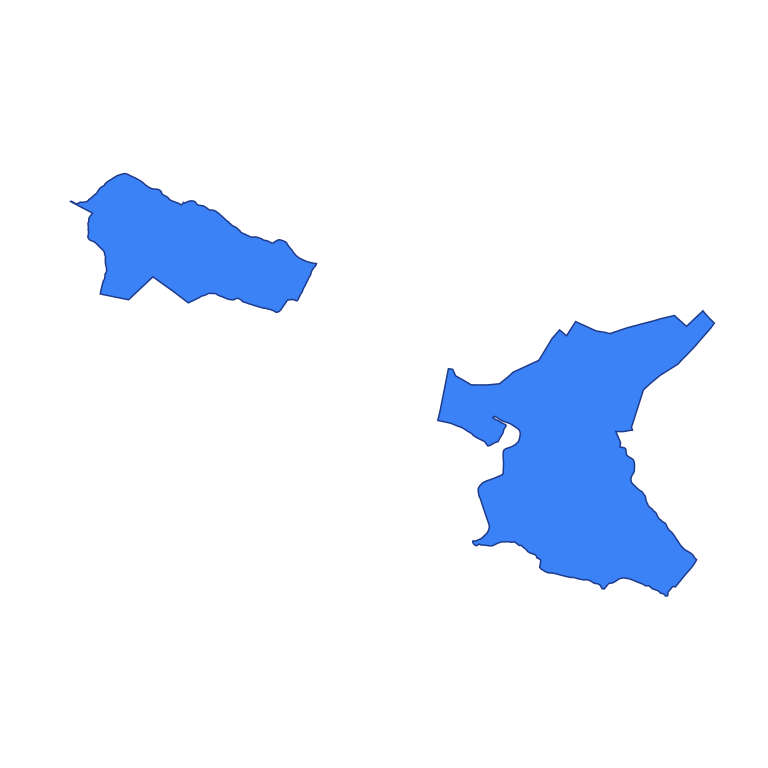 outline of Amaxac de Guerrero, Tlaxcala, Mexico, rotated 4°
{"feature_id": "50627088B74486769027382", "entity_name": "Amaxac de Guerrero", "entity_type": "district", "adm_level": 2, "iso_a3": "MEX", "parent_name": "Mexico", "parent_adm1": "Tlaxcala", "projection": "albers", "projection_center": [-98.192, 19.362], "detail": "fine", "context": "isolated", "style": "filled", "palette": "blue", "viewbox_px": 768, "rotation_deg": 4, "n_neighbors": 0, "source": "geoboundaries", "source_scale": "gbopen_adm2", "svg_char_len": 6093}
<svg xmlns="http://www.w3.org/2000/svg" viewBox="0 0 768 768"><g transform="rotate(4 384 384)"><path d="M490.4,537.1L492.3,537.9L494.4,537.7L497.3,537.8L500.1,538.1L503.5,537.8L508.6,534.9L512.2,533.3L519.1,532.7L522.2,533.0L524.8,532.5L526.0,532.8L530.1,535.6L530.7,535.6L532.3,535.3L533.3,536.5L537.2,539.0L539.0,541.1L541.3,542.3L545.1,543.3L547.0,544.0L548.2,545.1L548.5,546.6L552.1,548.2L552.7,550.0L552.3,554.4L552.0,555.9L553.5,557.5L554.1,557.9L559.1,560.4L561.4,560.9L566.4,560.9L579.5,563.4L584.8,564.0L586.7,563.7L590.8,564.7L596.8,565.5L599.8,565.1L601.6,565.3L603.4,565.9L607.6,568.1L611.5,568.5L613.9,569.8L615.8,573.0L618.1,573.0L621.7,567.8L622.7,567.1L625.9,566.5L628.7,564.7L632.3,561.9L634.6,561.1L636.8,560.7L642.1,561.2L645.7,562.2L650.5,563.9L655.6,565.4L657.3,566.1L658.2,566.7L658.9,567.1L662.2,566.8L663.4,567.5L664.8,568.7L666.5,569.7L670.6,570.7L672.5,571.6L674.6,573.4L677.1,573.8L678.0,574.2L678.8,574.8L679.5,575.9L681.5,575.6L681.9,574.6L681.8,572.2L681.9,571.8L686.0,566.1L686.6,565.7L688.5,566.2L688.9,566.0L697.6,553.6L703.8,545.4L706.0,541.9L707.8,538.2L708.1,537.4L706.4,536.1L704.3,533.2L701.5,531.1L695.6,528.3L691.0,524.2L687.8,519.7L686.1,517.8L684.1,514.9L681.4,511.9L678.3,509.6L676.5,507.0L675.1,504.3L673.6,502.8L671.2,501.9L669.9,500.5L668.1,499.5L667.4,498.8L665.5,495.9L665.0,494.5L663.8,493.0L662.5,492.4L659.9,489.8L657.8,488.5L656.0,486.8L655.2,484.9L653.8,482.7L652.5,477.6L650.6,475.7L649.0,473.5L646.0,472.0L642.7,469.4L641.4,468.1L639.8,467.1L638.3,465.5L637.5,464.3L636.9,461.7L637.3,459.2L637.9,457.6L639.2,455.4L639.7,453.8L639.8,452.2L639.6,448.0L639.4,445.8L639.0,444.4L638.2,442.5L636.3,441.0L634.2,440.1L631.2,438.2L630.3,435.5L629.8,432.2L628.4,430.9L623.9,430.4L624.1,426.4L623.9,425.7L618.6,415.2L625.2,414.9L628.2,414.3L632.2,413.2L635.1,412.7L633.8,409.5L634.5,407.5L643.2,371.7L650.0,364.6L656.5,358.3L659.1,355.9L675.8,343.7L679.9,338.6L685.0,332.7L692.6,323.4L695.6,319.2L705.9,305.7L709.3,300.2L703.7,295.4L699.2,291.1L697.1,288.7L681.7,305.4L668.9,295.4L656.6,299.2L648.2,302.3L623.1,310.8L605.7,318.0L600.4,317.0L592.0,316.3L570.8,308.4L562.7,323.2L555.4,317.8L548.6,326.7L536.8,349.6L512.0,363.2L507.6,367.9L499.2,375.7L486.8,377.8L471.1,378.8L463.0,374.7L454.8,370.8L451.6,364.6L447.2,364.2L441.9,406.3L440.2,416.6L453.3,418.5L460.9,421.0L464.6,422.0L467.2,423.2L469.3,424.5L474.8,427.3L475.3,427.6L476.1,428.6L477.5,429.6L479.7,430.8L481.4,431.6L488.2,434.3L491.8,438.5L493.7,438.1L494.7,437.5L499.0,434.6L499.9,434.2L501.8,433.6L503.2,430.2L505.7,425.5L506.2,424.1L506.7,421.0L508.6,417.5L508.7,417.0L508.6,416.6L508.3,416.4L507.5,415.9L502.8,413.9L500.4,412.5L499.6,412.2L498.4,412.0L494.8,410.1L495.5,409.3L495.9,408.6L499.2,409.7L503.9,412.3L512.8,414.8L519.8,418.8L521.8,420.1L522.9,421.9L523.4,423.9L523.3,426.2L523.0,428.7L522.2,431.9L519.4,435.2L515.5,437.8L510.3,439.9L508.6,441.1L508.0,442.0L507.7,443.5L507.8,447.1L508.8,455.0L509.1,464.2L508.6,465.9L507.1,466.9L501.6,469.7L500.6,470.3L493.3,473.4L489.7,475.4L488.0,477.2L486.7,478.9L485.8,480.4L485.3,481.9L485.5,484.7L486.7,489.4L488.4,492.3L489.7,495.8L495.1,508.8L498.4,516.5L499.1,519.2L498.6,522.2L497.4,525.3L492.0,531.3L486.5,534.1L483.5,534.5L483.6,535.6L484.3,537.0L485.4,538.0L486.6,538.7L487.2,538.9L488.3,538.4L489.7,537.3L490.4,537.1ZM308.2,268.5L305.8,268.5L300.9,267.8L297.4,266.9L295.6,266.2L293.2,265.3L289.7,263.7L287.2,261.9L285.2,259.8L282.6,256.7L278.6,252.5L277.9,251.3L276.5,249.5L274.9,248.7L271.9,247.8L269.9,247.4L268.6,247.6L267.4,248.2L265.9,249.2L263.3,251.2L262.2,251.2L257.9,249.4L256.4,249.1L254.2,249.0L251.8,247.7L247.6,246.5L245.5,246.3L243.7,246.4L242.1,246.9L240.7,246.6L237.6,245.3L236.5,245.1L235.1,244.3L233.2,243.8L230.8,242.7L229.7,241.4L226.5,238.8L225.3,238.0L223.9,237.5L222.9,237.3L222.3,236.7L220.7,236.0L219.8,235.0L218.5,234.3L217.6,233.1L215.3,231.8L211.1,228.3L207.0,225.2L203.9,223.2L201.7,222.6L200.1,222.5L198.9,222.6L197.3,222.4L194.8,220.7L191.9,219.1L190.3,218.8L186.1,218.5L185.1,218.0L182.8,215.3L181.0,214.8L179.4,214.7L177.8,214.9L175.4,215.8L174.2,216.4L173.0,217.4L171.2,216.8L170.1,218.9L169.3,219.4L165.9,217.9L161.3,216.6L157.2,215.1L156.4,214.2L155.8,213.3L154.1,212.2L150.6,210.8L149.8,210.2L148.6,208.7L148.2,207.4L146.3,206.0L144.4,205.5L142.1,205.6L139.1,205.4L136.6,204.6L132.3,202.2L128.9,199.5L126.2,198.0L121.7,195.9L116.9,194.1L114.5,193.0L111.2,192.1L109.2,192.5L103.3,194.7L102.0,195.8L99.5,197.3L97.7,199.0L96.3,199.8L93.6,201.8L91.6,204.1L90.8,205.8L89.2,206.6L86.9,208.5L86.2,210.0L85.3,211.1L84.0,214.0L82.9,214.6L77.8,219.9L77.2,220.0L76.8,220.4L76.4,221.5L75.2,222.3L74.5,223.0L72.7,223.4L71.9,223.4L70.8,223.8L69.8,223.9L68.7,223.7L67.9,223.9L66.7,224.9L64.9,225.6L63.7,225.5L59.7,223.5L59.2,223.5L58.7,223.7L60.0,224.5L81.3,233.8L78.8,237.7L78.1,239.0L78.0,241.2L78.1,242.6L77.5,244.3L77.5,245.0L77.8,245.5L77.8,247.0L78.3,248.4L78.1,249.2L78.1,250.8L78.5,251.7L78.7,254.2L78.3,258.0L78.9,259.3L80.3,260.8L81.4,261.3L84.4,262.2L85.9,263.0L88.8,265.3L91.0,267.4L94.1,269.9L95.5,271.4L96.1,272.9L96.2,274.0L97.4,276.5L97.2,278.4L97.5,280.3L97.4,281.5L98.0,284.4L99.0,287.2L99.0,288.6L99.4,289.8L99.5,290.5L98.7,292.9L98.2,293.4L98.0,294.4L98.2,295.6L98.0,297.6L97.7,299.2L97.0,300.4L96.5,302.1L94.8,312.0L94.9,313.2L94.7,314.0L123.3,317.8L146.0,293.2L167.1,306.2L183.2,316.7L193.7,310.7L195.7,309.1L197.9,308.4L199.1,307.9L200.3,307.4L202.4,305.9L209.1,305.5L210.1,305.8L212.6,307.1L213.9,307.6L215.7,308.0L222.0,310.1L224.2,310.5L226.7,310.6L228.8,310.3L230.9,308.8L232.3,308.8L233.5,309.0L236.2,310.6L236.9,311.5L238.9,312.2L240.8,312.5L243.3,313.4L244.3,313.5L249.0,314.7L255.2,316.1L259.0,316.8L261.0,316.7L262.9,317.4L264.8,317.5L266.7,318.0L269.3,318.9L271.3,320.0L272.2,319.9L274.4,319.0L276.0,317.1L280.7,309.1L281.3,307.7L282.1,307.1L284.0,306.5L286.0,306.2L289.0,306.3L290.5,307.1L291.3,307.1L292.2,306.1L294.1,301.4L295.1,299.2L295.7,298.5L296.9,294.6L297.6,292.9L298.6,291.1L299.1,289.4L300.4,286.6L301.3,283.9L303.3,280.0L303.3,278.9L303.9,276.4L305.9,272.9L307.0,271.5L308.0,269.8L308.2,268.5Z" fill="#3b82f6" stroke="#1e3a8a" stroke-width="1.5"/></g></svg>